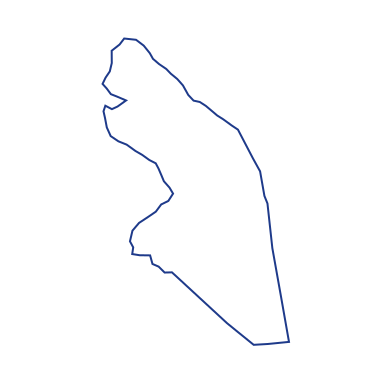 Pirpirituba, Paraíba, Brazil, rotated 263°
{"feature_id": "56859067B65222656498348", "entity_name": "Pirpirituba", "entity_type": "district", "adm_level": 2, "iso_a3": "BRA", "parent_name": "Brazil", "parent_adm1": "Paraíba", "projection": "robinson", "projection_center": [-35.474, -6.788], "detail": "fine", "context": "isolated", "style": "outline", "palette": "blue", "viewbox_px": 384, "rotation_deg": 263, "n_neighbors": 0, "source": "geoboundaries", "source_scale": "gbopen_adm2", "svg_char_len": 1048}
<svg xmlns="http://www.w3.org/2000/svg" viewBox="0 0 384 384"><g transform="rotate(263 192 192)"><path d="M352.6,143.4L347.2,138.1L342.0,129.5L329.8,128.1L321.7,125.1L316.1,120.2L310.2,116.4L305.2,119.9L299.0,123.4L295.9,129.1L290.9,137.7L285.9,128.5L284.0,122.6L288.2,116.5L282.9,114.0L275.8,114.7L266.5,115.3L257.4,118.1L251.3,125.1L247.0,132.9L239.5,141.0L234.9,147.1L228.9,153.6L224.9,159.5L219.4,161.6L211.5,163.9L206.1,165.4L199.1,170.2L192.7,173.0L186.0,167.4L183.4,159.9L176.9,153.7L172.4,145.0L167.8,135.7L160.9,128.2L150.6,124.4L144.2,126.9L137.7,125.1L135.6,132.4L134.2,142.7L125.4,144.0L122.0,149.8L115.4,155.0L114.7,162.3L57.5,210.8L47.4,220.5L32.8,234.6L31.9,248.7L31.4,270.0L77.2,267.6L126.5,264.9L171.4,265.5L179.3,263.4L204.2,262.1L217.9,256.6L248.3,245.2L253.3,239.4L260.4,231.8L264.9,226.3L271.3,220.4L275.8,216.2L280.4,210.7L282.5,204.7L288.8,200.1L298.9,196.0L306.0,191.1L312.0,185.4L317.2,181.5L322.9,175.0L328.9,169.5L335.0,167.0L343.2,161.9L349.9,155.0L352.6,143.4Z" fill="none" stroke="#1e3a8a" stroke-width="2"/></g></svg>